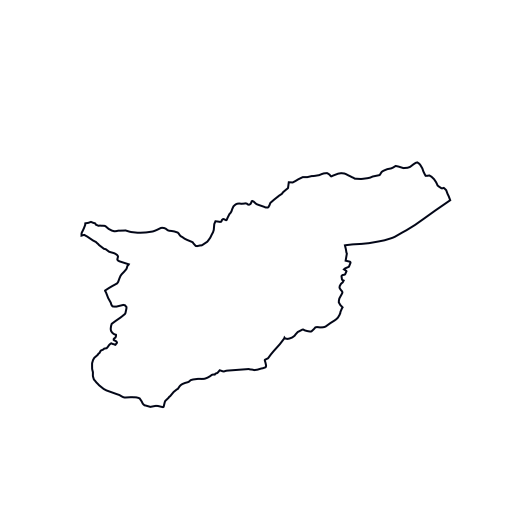 Hoa Binh, Hòa Bình, Vietnam (Natural Earth projection), rotated 64°
{"feature_id": "81297802B29311833142389", "entity_name": "Hoa Binh", "entity_type": "district", "adm_level": 2, "iso_a3": "VNM", "parent_name": "Vietnam", "parent_adm1": "Hòa Bình", "projection": "natural_earth1", "projection_center": [105.327, 20.842], "detail": "fine", "context": "isolated", "style": "outline", "palette": "ink", "viewbox_px": 512, "rotation_deg": 64, "n_neighbors": 0, "source": "geoboundaries", "source_scale": "gbopen_adm2", "svg_char_len": 6115}
<svg xmlns="http://www.w3.org/2000/svg" viewBox="0 0 512 512"><g transform="rotate(64 256 256)"><path d="M341.4,421.6L341.7,421.1L345.3,417.1L346.3,413.4L346.8,411.7L347.3,410.8L347.8,409.9L351.0,406.0L351.1,405.7L351.1,405.4L351.0,405.1L347.4,402.1L346.5,401.1L345.1,396.7L344.5,395.7L344.4,394.7L342.1,389.6L341.2,385.7L341.2,384.5L340.2,382.8L339.5,381.5L339.0,380.0L338.8,378.3L339.0,375.4L339.5,372.8L339.6,371.6L339.0,369.3L339.0,368.8L339.4,366.7L341.0,362.0L341.8,360.3L342.6,358.9L343.6,356.6L343.9,355.3L344.1,352.8L343.9,349.9L343.5,347.9L343.6,347.0L344.0,345.9L344.5,345.1L344.0,344.1L344.0,343.4L344.2,342.3L344.0,341.4L342.8,338.7L345.1,336.4L345.7,335.5L346.0,333.5L346.3,332.4L354.4,312.1L355.3,311.1L356.5,309.1L357.8,307.6L358.8,304.5L359.4,300.8L359.9,299.0L360.2,296.3L360.1,296.0L359.7,295.5L358.7,294.9L355.8,294.2L353.8,293.9L353.3,293.6L353.2,293.4L353.2,290.4L353.2,290.0L350.9,285.6L349.2,281.8L345.7,273.2L342.5,266.8L341.9,266.2L342.9,266.0L344.3,264.1L344.8,262.3L345.1,259.5L345.0,258.6L344.6,256.3L343.8,254.8L342.6,251.8L342.6,250.6L342.5,246.7L342.7,245.9L344.3,244.7L345.8,243.0L347.3,241.0L348.0,239.7L348.0,239.0L347.0,235.8L346.2,234.0L346.4,232.9L346.9,231.8L348.3,229.7L349.3,227.4L349.8,225.7L349.9,224.3L348.9,218.5L348.4,213.7L348.0,211.5L347.3,209.4L345.3,206.4L344.9,206.1L344.4,205.4L343.5,204.8L342.8,204.1L340.9,201.9L340.1,200.7L337.0,201.7L334.0,201.9L332.5,201.1L330.7,199.7L327.3,194.9L326.4,194.2L325.2,194.2L323.8,194.6L321.8,194.9L320.8,194.7L319.6,193.8L318.2,191.7L317.7,189.6L316.5,188.0L315.4,188.9L315.0,189.0L314.7,189.0L312.9,188.4L312.1,188.2L311.7,188.0L311.3,187.6L311.2,187.2L311.1,186.4L311.5,185.1L311.6,184.2L311.4,183.8L311.0,183.3L309.4,181.4L308.9,181.4L306.6,182.8L306.3,181.9L306.2,181.3L306.4,177.4L306.3,177.1L303.6,174.1L303.2,173.9L302.8,173.9L302.3,174.1L299.5,177.5L293.7,173.3L292.5,173.2L289.5,172.3L285.4,171.4L285.7,170.4L287.9,164.1L291.4,155.8L294.0,148.8L296.6,139.7L298.2,133.7L299.2,127.4L299.5,125.1L299.6,122.8L299.0,114.2L298.8,109.5L297.8,99.4L296.0,88.4L293.7,74.9L291.0,57.0L286.8,56.6L284.1,56.6L280.2,56.2L278.2,56.9L277.1,57.4L276.8,59.1L276.3,59.7L273.7,61.2L272.2,61.9L270.8,61.8L268.6,61.8L265.0,62.3L261.7,63.5L259.6,64.9L259.0,66.9L258.3,68.4L256.8,68.5L253.4,68.5L250.2,68.1L247.5,68.3L245.7,68.5L244.1,69.1L242.6,70.0L242.3,71.6L242.6,74.2L243.4,78.2L243.4,79.1L243.1,81.2L241.6,85.0L238.1,88.7L236.3,91.0L236.6,94.2L236.5,96.2L235.5,99.9L235.3,103.1L235.3,104.8L235.5,106.1L236.3,107.5L237.3,109.0L237.4,109.7L235.7,116.3L235.6,119.0L235.0,121.5L233.4,126.3L232.8,127.9L229.8,133.3L228.5,134.1L227.1,135.3L225.7,136.3L224.1,137.6L221.9,139.2L220.6,140.4L218.9,143.1L218.0,146.1L217.5,151.5L217.5,152.4L217.5,153.3L217.2,153.7L216.2,154.0L215.0,154.3L213.0,155.5L212.6,155.9L211.5,158.8L211.2,160.9L211.0,163.9L210.5,165.5L209.8,167.9L209.2,169.6L208.6,170.9L207.6,175.3L205.6,179.5L205.6,184.4L205.9,187.7L206.0,190.8L204.1,194.2L208.9,197.4L209.1,197.8L209.6,200.1L210.5,203.6L211.5,205.6L211.9,208.8L213.3,215.1L214.5,219.6L214.8,220.1L216.6,222.0L216.8,222.5L217.4,223.2L217.6,223.7L217.5,224.4L216.5,226.2L215.3,227.2L211.2,231.3L209.8,232.6L208.8,233.2L206.2,234.2L205.0,235.1L204.9,235.8L206.1,237.1L206.8,238.1L206.9,239.3L206.8,239.9L206.2,240.7L204.9,241.3L204.1,242.3L203.5,244.2L202.7,246.2L201.5,248.0L200.8,249.9L200.7,251.5L201.0,252.9L201.5,254.5L203.3,256.7L205.2,258.6L206.2,260.2L206.6,261.4L207.8,263.0L209.1,264.7L210.5,266.3L210.8,266.8L210.7,267.2L208.6,268.9L208.4,269.6L208.7,270.8L209.7,271.9L209.9,272.5L209.7,273.1L209.4,273.7L208.5,274.9L207.0,277.2L209.0,279.5L214.0,282.5L215.8,284.2L217.3,286.3L219.5,289.1L220.8,291.5L221.8,293.5L222.6,299.4L222.6,300.2L222.3,301.1L222.0,301.5L221.8,302.6L221.3,304.6L220.5,305.8L217.3,306.7L215.9,306.9L214.8,307.8L211.3,310.9L209.1,312.6L206.7,313.9L205.5,314.8L204.3,315.3L202.5,315.6L202.0,315.6L200.6,316.1L198.1,318.7L196.3,321.2L195.3,322.9L194.1,324.1L192.0,325.1L190.7,326.2L189.5,328.0L189.1,329.3L189.1,333.2L189.0,335.4L188.8,337.5L188.5,338.7L186.7,344.3L184.3,350.0L183.2,352.2L179.8,357.6L178.7,359.0L175.9,362.0L175.7,362.3L175.5,362.9L174.6,365.0L172.9,368.6L172.3,371.0L171.6,372.6L170.0,374.4L167.0,376.6L163.5,378.1L162.9,378.5L162.3,379.2L161.0,381.7L160.2,383.0L159.9,384.1L159.7,384.4L157.6,386.2L156.4,386.2L155.9,386.5L154.9,387.7L153.0,389.4L152.7,392.2L151.8,395.1L153.3,396.0L155.6,398.5L157.4,400.7L158.5,402.2L159.4,403.0L161.2,403.9L161.5,402.0L161.9,400.9L162.4,400.7L164.5,399.2L170.6,395.7L173.3,393.7L174.5,393.3L176.1,392.6L177.3,392.3L182.9,389.5L184.0,388.1L187.7,386.2L188.5,385.4L190.8,382.8L191.5,382.1L192.6,381.3L194.2,380.4L195.4,380.2L196.1,380.3L198.2,382.1L198.7,382.2L199.6,382.0L200.2,381.6L200.9,381.1L207.7,374.0L208.1,374.6L208.3,375.3L208.7,376.1L210.4,377.6L211.0,378.4L212.3,381.4L213.5,384.7L214.4,386.4L216.1,388.4L218.9,391.3L219.7,392.8L219.8,393.2L219.8,394.3L219.9,395.5L220.0,398.2L220.3,402.0L220.9,406.8L221.1,406.9L223.1,406.8L229.0,407.3L234.3,407.0L235.9,407.3L237.4,407.3L238.5,406.9L239.2,405.8L240.3,403.6L241.8,396.7L242.8,395.4L243.8,395.2L244.7,394.8L245.3,394.9L246.4,395.5L250.0,398.3L250.7,399.3L251.9,404.6L252.8,410.5L253.7,415.4L255.3,416.9L257.4,418.3L258.5,418.8L259.7,419.1L261.0,419.0L262.0,418.8L263.6,418.1L264.6,417.3L265.4,416.4L266.4,416.8L267.3,417.6L267.7,418.2L267.9,419.4L268.2,420.2L269.0,420.7L269.4,420.6L271.0,419.3L271.4,419.1L271.8,418.9L272.8,418.9L273.0,419.1L273.4,419.5L273.7,420.4L274.2,421.3L273.9,421.7L273.1,422.3L272.5,423.1L272.1,423.5L271.0,424.4L271.2,425.7L271.6,427.0L272.8,429.2L273.4,430.7L272.7,433.0L273.1,434.4L273.0,436.8L273.3,437.5L274.5,439.1L274.6,439.5L274.7,440.3L274.9,440.8L275.3,441.2L275.8,442.8L276.6,445.9L278.0,448.0L280.5,450.3L282.9,451.5L285.7,452.8L287.4,453.2L288.9,453.5L291.9,455.0L292.7,455.3L295.7,455.8L296.5,455.7L297.4,455.4L299.7,454.9L301.7,454.2L303.4,453.7L308.7,451.2L311.2,449.4L318.7,442.1L321.1,439.7L323.4,438.2L324.7,437.2L325.7,436.0L328.2,430.0L330.5,425.7L331.8,424.1L333.0,423.0L336.6,422.5L339.0,422.5L340.1,422.2L341.4,421.6Z" fill="none" stroke="#020617" stroke-width="2"/></g></svg>